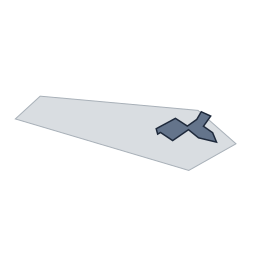 Stoney Ground on a map of Anguilla (Albers equal-area conic projection), rotated 35°
{"feature_id": "AIA-5123", "entity_name": "Stoney Ground", "entity_type": "District", "adm_level": 1, "iso_a3": "AIA", "parent_name": "Anguilla", "parent_adm1": "", "projection": "albers", "projection_center": [-63.024, 18.252], "detail": "fine", "context": "in_parent", "style": "filled", "palette": "slate", "viewbox_px": 256, "rotation_deg": 35, "n_neighbors": 0, "source": "natural_earth", "source_scale": "10m", "svg_char_len": 469}
<svg xmlns="http://www.w3.org/2000/svg" viewBox="0 0 256 256"><g transform="rotate(35 128 128)"><path d="M202.1,127.9L30.5,185.2L37.8,152.3L175.3,73.4L225.5,79.0L202.1,127.9Z" fill="#d9dde1" stroke="#a8b0b8" stroke-width="1"/><path d="M178.7,72.7L188.9,70.8L188.8,83.3L200.0,83.3L208.6,88.8L191.4,95.6L178.5,94.7L171.8,112.7L157.2,113.0L155.8,116.0L151.5,112.4L161.3,92.9L175.5,92.4L179.4,81.5L178.7,72.7Z" fill="#64748b" stroke="#1e293b" stroke-width="1.5"/></g></svg>